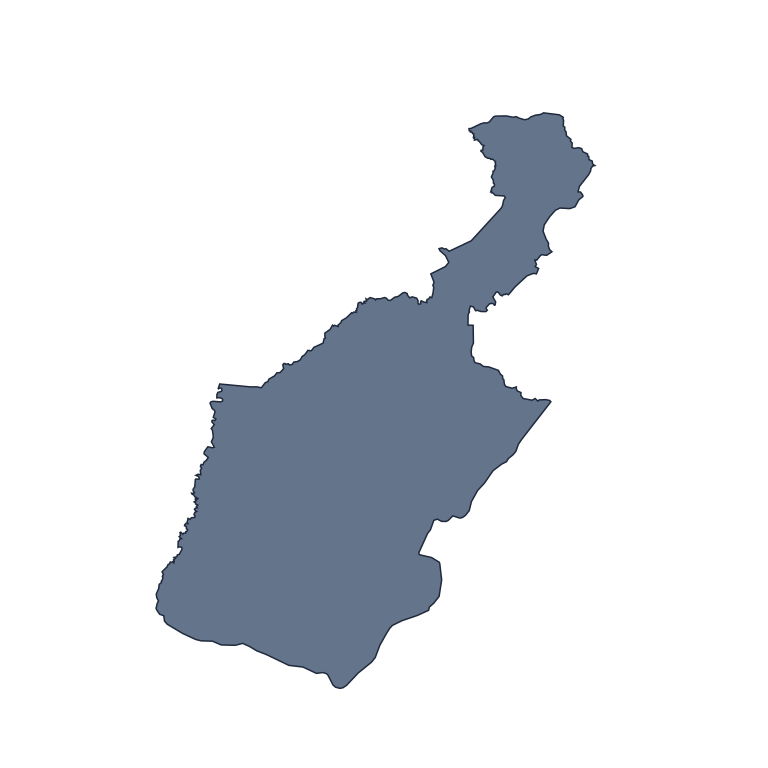 Isidro Ayora, Guayas, Ecuador (Mercator projection), rotated 15°
{"feature_id": "8360857B10119074569782", "entity_name": "Isidro Ayora", "entity_type": "district", "adm_level": 2, "iso_a3": "ECU", "parent_name": "Ecuador", "parent_adm1": "Guayas", "projection": "mercator", "projection_center": [-80.16, -1.923], "detail": "fine", "context": "isolated", "style": "filled", "palette": "slate", "viewbox_px": 768, "rotation_deg": 15, "n_neighbors": 0, "source": "geoboundaries", "source_scale": "gbopen_adm2", "svg_char_len": 6148}
<svg xmlns="http://www.w3.org/2000/svg" viewBox="0 0 768 768"><g transform="rotate(15 384 384)"><path d="M485.7,591.0L485.5,587.8L488.8,582.8L492.2,574.9L490.4,558.3L484.4,543.2L483.6,541.9L474.9,539.3L463.3,539.7L462.1,539.5L461.3,538.1L464.8,517.0L466.6,512.8L467.4,502.8L470.5,500.7L475.0,501.8L479.6,500.7L481.4,499.1L484.6,493.6L491.9,493.9L494.3,492.7L496.7,489.8L499.1,484.3L498.9,475.0L502.0,462.6L506.8,453.5L511.7,439.6L518.4,430.9L522.4,427.4L523.5,423.7L527.0,418.9L528.8,414.9L529.4,407.5L531.3,401.9L549.8,358.0L548.3,357.0L544.4,357.2L538.0,359.2L537.1,360.7L533.7,358.9L531.3,361.3L522.1,362.0L519.1,359.6L518.5,356.8L514.6,356.2L513.1,354.5L512.6,352.6L508.9,354.9L502.4,354.9L500.4,353.1L498.6,348.8L497.2,348.0L496.5,345.6L493.8,344.3L491.0,341.2L480.9,340.4L475.3,341.3L471.7,339.7L466.5,339.9L464.8,337.9L463.7,335.2L461.5,334.3L459.9,330.6L459.2,325.6L459.8,321.3L454.9,304.2L449.9,305.4L447.3,295.2L447.9,292.1L447.2,291.4L447.2,286.5L450.4,286.4L453.5,289.5L455.2,288.7L458.9,288.9L463.7,287.7L464.7,286.0L463.1,284.6L463.0,283.4L465.2,279.2L467.3,278.2L468.9,278.2L470.2,279.3L470.9,278.9L470.6,275.8L466.6,271.7L468.7,266.1L470.5,265.7L473.3,267.9L475.4,268.3L476.4,266.4L477.8,266.3L478.8,265.2L481.1,265.6L485.4,256.4L494.1,242.5L499.8,238.4L502.7,238.2L503.5,232.4L499.7,231.5L500.3,229.1L497.6,225.2L499.5,224.8L502.0,219.1L503.1,218.3L507.8,217.6L512.0,212.8L509.3,211.4L507.2,208.5L506.4,205.3L503.2,202.2L498.1,195.2L497.6,188.9L500.7,179.6L504.6,171.8L508.4,168.5L518.1,166.5L522.7,163.3L524.5,155.7L527.6,151.4L527.1,150.1L524.2,147.7L521.7,148.2L521.6,142.6L527.5,128.8L528.4,125.0L528.1,122.4L529.0,119.7L531.1,118.4L528.9,117.8L527.3,114.7L524.0,114.2L522.8,111.1L521.6,111.1L521.1,109.1L516.0,108.2L514.0,105.5L511.0,105.3L506.7,107.2L504.3,106.8L503.4,102.5L501.3,101.2L501.2,99.3L496.0,97.0L494.6,93.3L492.9,92.1L492.2,89.2L490.4,88.4L489.2,82.7L488.1,81.4L488.2,80.0L483.6,78.6L467.9,80.8L465.8,82.9L460.4,85.3L456.6,88.1L454.7,90.7L451.3,92.4L445.3,92.2L442.6,91.5L439.7,92.9L432.7,93.4L422.6,96.3L420.8,97.4L417.8,103.7L416.0,105.2L412.9,105.9L410.0,107.7L401.8,114.7L400.0,115.3L400.8,117.4L402.5,117.4L402.4,118.2L404.1,118.1L404.7,119.2L406.0,119.2L406.5,121.8L407.5,122.3L406.7,123.1L408.1,123.9L408.2,125.0L411.2,123.5L411.9,124.7L413.1,124.9L416.5,127.6L418.9,127.9L418.2,129.6L419.0,132.4L417.3,133.1L417.3,134.0L419.3,134.8L422.8,138.3L426.0,139.1L427.8,138.6L429.0,139.4L430.7,138.7L434.3,140.5L434.1,141.6L435.0,142.8L434.7,144.3L435.5,144.6L434.8,145.5L435.7,146.8L434.9,150.2L434.2,150.4L434.8,152.0L434.1,156.2L436.9,159.0L437.7,161.7L439.0,162.4L439.3,164.4L437.5,166.1L437.4,170.6L438.0,170.1L438.4,171.4L439.3,171.1L442.7,173.0L451.2,171.3L452.9,172.3L452.0,175.7L452.3,181.6L451.4,184.3L431.2,223.1L412.6,238.9L408.9,237.3L407.2,238.0L404.8,237.5L402.1,239.0L403.4,240.7L410.2,244.1L415.1,249.8L412.9,254.7L400.7,265.5L406.1,272.9L405.6,276.0L407.0,277.7L407.8,283.4L407.8,288.3L405.9,288.0L405.2,290.3L403.8,291.1L403.6,292.8L404.4,294.2L401.8,294.6L398.4,294.0L398.0,295.1L398.7,297.0L397.0,298.0L395.8,296.9L395.4,294.8L393.3,292.6L388.7,292.5L386.5,294.1L383.7,292.1L383.0,290.6L380.2,290.2L378.5,291.2L375.1,295.7L371.7,297.5L368.5,301.7L366.0,301.9L364.1,300.5L362.3,300.3L358.2,302.7L355.0,303.5L354.1,305.0L353.2,304.2L348.2,304.1L346.0,306.8L344.6,306.4L345.7,308.4L343.4,309.4L344.7,310.7L343.1,311.0L342.5,312.4L340.6,311.0L338.7,311.8L338.1,312.8L338.6,317.4L338.0,318.6L338.7,320.0L337.9,320.5L338.7,321.9L336.2,322.3L335.4,323.7L334.3,323.5L330.5,329.9L326.6,333.8L326.5,335.7L324.3,339.1L324.8,340.3L320.9,340.1L320.3,341.1L319.0,340.5L317.8,345.2L313.7,350.1L314.5,353.2L315.6,354.7L314.4,355.6L314.6,360.3L306.8,366.7L305.2,370.7L301.8,371.2L299.9,376.2L297.8,378.5L297.0,382.1L294.6,384.7L291.2,386.1L290.3,388.8L287.8,390.2L286.5,389.2L283.8,390.4L282.9,389.8L281.8,390.3L281.3,391.8L283.0,395.0L282.1,397.1L280.7,399.8L277.6,401.0L276.2,404.4L271.5,409.2L271.2,411.8L268.9,413.5L266.5,419.4L262.3,419.6L255.5,421.4L225.3,426.5L225.0,431.2L225.6,431.5L226.2,430.3L228.2,430.3L229.1,432.2L229.0,433.1L225.7,435.1L225.3,437.3L226.1,440.7L228.7,439.8L231.0,439.9L232.1,440.6L232.5,442.2L231.0,443.5L223.1,445.0L221.1,446.4L221.0,447.7L224.5,452.3L226.8,453.2L228.0,454.6L227.7,460.4L230.7,461.3L230.1,463.1L228.2,463.1L227.3,463.8L227.6,465.2L230.6,467.2L228.6,471.7L230.1,472.9L232.1,477.3L232.9,480.3L232.2,484.5L236.5,488.9L234.9,490.0L230.1,490.2L228.0,495.8L228.2,498.0L233.2,500.4L232.3,503.5L230.4,506.0L230.0,508.9L228.2,509.1L228.0,511.2L229.6,512.4L228.9,515.1L230.6,519.0L227.8,519.3L225.9,520.9L228.8,521.4L230.0,522.8L229.8,523.9L226.9,524.4L226.5,525.1L227.8,532.3L226.8,535.1L227.3,536.6L229.1,538.0L228.4,539.0L226.4,539.3L227.3,540.2L228.8,540.2L230.4,541.9L233.9,542.8L233.7,543.6L231.6,543.4L231.5,544.3L232.8,545.5L231.1,547.0L232.6,547.6L233.1,548.7L235.5,549.2L234.5,550.9L235.7,551.9L233.9,552.8L233.3,554.0L234.8,555.4L236.0,555.5L234.5,557.1L234.2,559.3L235.6,560.2L235.7,561.8L232.5,563.1L231.8,564.9L229.5,564.5L229.6,568.5L230.7,569.6L228.9,569.8L227.9,571.6L228.0,572.5L229.9,572.8L230.6,575.0L232.1,575.6L231.9,576.9L230.7,578.0L231.1,579.2L229.2,579.9L228.6,581.1L226.0,579.7L225.4,580.3L226.6,583.0L225.6,584.5L228.3,585.8L227.0,586.2L226.8,588.2L225.9,589.3L227.3,595.1L228.2,594.3L230.8,594.1L231.7,595.7L230.3,601.6L228.6,602.5L228.6,604.6L226.0,605.9L227.5,606.6L226.2,608.0L227.2,609.4L227.2,611.0L226.2,609.9L225.2,611.1L223.6,611.3L223.4,613.2L222.1,614.3L221.8,616.6L218.2,622.8L220.3,625.2L219.6,627.1L220.4,627.7L220.6,630.5L219.9,632.2L220.4,633.5L218.7,635.7L219.3,639.8L218.4,645.9L219.7,649.0L222.3,652.0L221.7,654.6L221.9,659.8L223.6,661.7L226.9,664.5L231.2,664.8L233.4,669.9L236.9,672.2L254.2,677.1L268.3,679.5L274.0,679.4L284.9,676.8L294.2,678.2L307.9,674.9L314.7,671.1L322.3,672.4L330.3,674.7L339.9,675.7L364.9,680.4L378.9,678.4L393.7,681.0L399.5,678.6L402.6,678.6L404.7,679.2L412.6,687.9L415.6,689.4L420.1,689.4L422.9,688.1L425.8,684.8L434.0,669.6L443.9,656.0L446.3,650.6L447.6,637.5L451.0,624.2L452.7,618.7L454.6,615.0L462.7,607.9L476.3,598.8L485.7,591.0Z" fill="#64748b" stroke="#1e293b" stroke-width="1.5"/></g></svg>